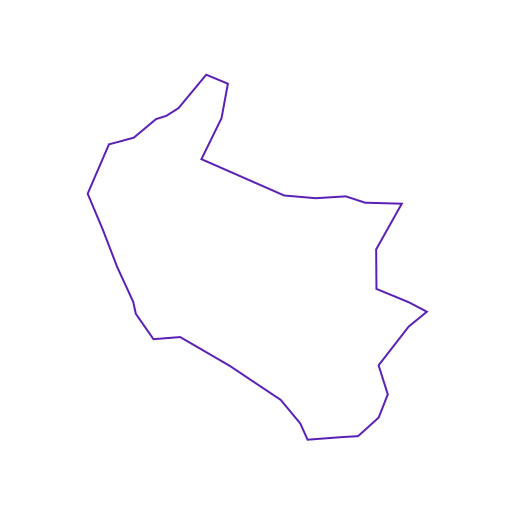 outline of Adaacag, Dundgovi, Mongolia, rotated 296°
{"feature_id": "93677404B36872598386240", "entity_name": "Adaacag", "entity_type": "district", "adm_level": 2, "iso_a3": "MNG", "parent_name": "Mongolia", "parent_adm1": "Dundgovi", "projection": "natural_earth1", "projection_center": [105.738, 46.338], "detail": "fine", "context": "isolated", "style": "outline", "palette": "violet", "viewbox_px": 512, "rotation_deg": 296, "n_neighbors": 0, "source": "geoboundaries", "source_scale": "gbopen_adm2", "svg_char_len": 607}
<svg xmlns="http://www.w3.org/2000/svg" viewBox="0 0 512 512"><g transform="rotate(296 256 256)"><path d="M398.5,155.2L397.1,131.8L354.9,121.5L342.6,113.9L335.2,106.1L308.8,94.3L291.9,74.9L238.2,77.4L212.4,106.9L185.4,135.9L161.0,165.7L151.3,173.4L136.3,200.3L149.9,223.4L145.7,281.0L142.5,304.3L137.5,341.3L124.9,369.2L113.5,382.9L131.0,412.8L138.8,426.7L164.6,437.1L189.4,435.1L211.5,414.1L259.6,424.2L280.8,434.0L281.4,413.9L279.2,378.7L314.6,361.1L366.9,364.1L351.7,330.6L349.0,310.6L334.1,284.3L322.7,254.7L319.1,164.5L364.7,164.6L398.5,155.2Z" fill="none" stroke="#5b21b6" stroke-width="2"/></g></svg>